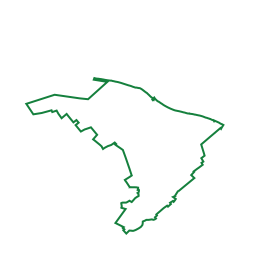 Hunucmá, Yucatán, Mexico, rotated 48°
{"feature_id": "50627088B21160446054995", "entity_name": "Hunucmá", "entity_type": "district", "adm_level": 2, "iso_a3": "MEX", "parent_name": "Mexico", "parent_adm1": "Yucatán", "projection": "natural_earth1", "projection_center": [-89.972, 21.073], "detail": "fine", "context": "isolated", "style": "outline", "palette": "green", "viewbox_px": 256, "rotation_deg": 48, "n_neighbors": 0, "source": "geoboundaries", "source_scale": "gbopen_adm2", "svg_char_len": 4805}
<svg xmlns="http://www.w3.org/2000/svg" viewBox="0 0 256 256"><g transform="rotate(48 128 128)"><path d="M206.9,193.9L207.0,193.9L207.8,193.1L208.1,192.6L208.9,190.6L209.7,187.4L210.0,185.5L210.0,185.4L210.1,184.4L209.7,182.2L209.0,181.2L207.4,179.6L208.3,177.0L208.5,175.9L209.5,174.8L210.1,174.1L210.9,172.9L211.9,171.4L213.2,170.6L213.8,169.4L214.0,167.8L212.4,167.7L212.4,165.0L211.2,164.8L211.2,163.7L211.4,155.0L211.7,152.5L211.9,150.9L213.2,150.9L213.2,147.0L211.7,146.8L212.3,143.4L213.4,143.5L213.4,143.3L213.4,142.7L213.2,142.1L213.0,141.0L212.7,140.0L209.4,140.7L210.1,138.6L209.9,138.6L208.5,133.6L208.4,133.4L208.7,132.7L208.7,132.8L209.6,112.2L205.3,112.5L204.9,108.3L204.2,108.3L204.7,103.0L204.8,102.7L205.3,97.1L203.1,96.7L203.4,94.5L199.5,93.7L199.8,89.6L197.8,88.6L189.2,84.6L189.5,72.8L189.9,59.3L190.9,59.4L190.4,58.0L189.6,55.1L188.1,55.6L187.2,56.1L186.3,56.4L185.9,56.6L185.2,56.7L184.7,56.9L184.2,57.1L183.3,57.5L182.8,57.7L182.2,58.0L181.3,58.4L180.6,58.7L179.9,59.0L180.0,59.1L180.3,59.1L180.5,59.1L180.7,59.3L180.7,59.5L180.2,59.4L179.7,59.4L179.2,59.5L178.8,59.7L178.5,59.9L178.3,60.0L178.2,60.1L177.9,60.2L177.7,60.3L177.2,60.5L176.7,60.7L176.5,60.8L176.4,60.8L176.2,61.0L175.8,61.2L175.7,61.2L175.4,61.4L174.7,61.8L174.2,62.1L173.4,62.5L172.8,62.9L172.1,63.4L171.5,63.7L170.6,64.1L170.1,64.4L169.6,64.6L168.3,65.4L166.7,66.4L166.6,66.5L166.3,66.7L166.1,66.9L165.4,67.4L164.3,68.2L163.3,68.9L162.9,69.2L162.5,69.6L162.1,69.8L161.7,70.1L161.3,70.4L160.6,70.9L159.8,71.6L159.6,71.8L159.2,72.1L158.7,72.5L158.4,72.6L158.4,72.8L158.0,73.0L157.6,73.5L157.0,74.0L156.1,74.6L154.9,75.3L154.4,75.6L154.0,75.9L153.5,76.3L152.4,77.0L151.6,77.5L150.9,78.0L150.0,78.6L148.8,79.5L146.5,81.2L145.8,81.6L145.5,81.8L145.0,82.0L144.1,82.5L143.4,82.8L142.6,83.2L142.2,83.4L141.7,83.6L140.8,84.0L140.5,84.1L140.2,84.2L139.9,84.4L139.0,84.7L138.5,84.9L137.7,85.2L136.2,85.7L135.7,85.9L135.3,86.0L134.6,86.2L133.8,86.4L132.8,86.6L132.0,86.8L131.6,87.0L130.5,87.2L129.3,87.5L129.0,87.6L128.9,87.6L128.6,87.8L128.3,87.9L127.9,88.0L126.9,88.2L126.3,88.2L125.2,88.3L123.9,88.3L122.9,88.1L122.9,88.5L123.0,88.9L123.1,89.2L123.1,89.3L123.1,89.5L123.2,89.9L123.2,90.1L123.3,90.1L123.7,90.0L123.8,90.0L124.1,90.0L124.2,89.9L124.3,89.9L124.4,90.1L124.1,90.2L124.1,90.8L123.9,90.3L123.9,90.2L123.7,90.2L123.6,90.3L123.8,90.9L123.6,90.9L123.5,90.3L123.2,90.3L123.3,90.8L123.1,90.8L123.1,90.7L123.0,90.4L123.0,90.2L122.9,89.9L122.9,89.6L122.7,89.5L122.8,89.0L122.7,88.7L122.7,89.0L122.6,89.5L121.5,89.9L120.9,90.1L120.5,90.1L120.0,90.2L119.6,90.2L118.8,90.3L117.8,90.3L115.6,90.5L114.8,90.5L114.4,90.6L114.2,90.7L113.9,90.7L113.4,90.9L112.8,91.0L112.3,91.1L111.7,91.2L111.0,91.3L110.8,91.4L110.6,91.4L110.4,91.4L110.2,91.5L109.9,91.5L109.5,91.6L109.1,91.7L108.9,91.7L107.5,92.1L106.4,92.5L106.1,92.7L105.8,93.0L105.6,93.2L105.4,93.4L105.1,93.6L104.9,93.7L104.7,93.9L104.6,94.0L104.1,94.3L103.7,94.6L103.5,94.8L103.4,94.9L103.3,95.1L102.7,95.6L101.8,96.1L100.6,96.8L99.0,97.6L97.8,98.3L96.6,99.1L91.6,102.0L89.7,103.1L88.3,104.0L87.2,104.7L86.0,105.6L85.5,106.0L85.3,106.2L84.8,106.5L84.4,106.8L83.9,107.1L83.4,107.5L82.9,107.9L81.6,108.7L80.9,109.5L80.3,110.0L78.8,111.3L77.3,112.5L76.4,113.2L75.8,113.6L74.7,114.5L74.0,115.0L72.5,116.3L71.6,117.0L70.5,118.1L69.6,118.8L68.4,119.6L69.2,121.1L79.9,112.5L79.9,138.4L73.6,144.1L54.2,160.3L42.0,187.4L54.5,189.2L59.1,182.1L63.7,173.0L65.5,173.6L67.3,169.4L70.8,170.2L76.3,170.8L76.5,164.2L79.3,164.4L87.3,164.8L87.6,161.0L91.0,161.1L90.8,165.0L99.1,165.4L100.1,161.1L100.5,160.3L102.7,155.1L112.4,155.5L112.5,156.5L113.1,161.5L114.3,161.3L114.6,161.2L121.9,160.1L124.2,159.9L124.9,160.2L126.9,160.6L127.0,159.4L127.2,158.2L128.1,154.7L128.3,154.4L129.4,151.8L129.9,147.6L131.9,147.5L131.8,148.6L132.9,148.4L137.8,147.2L140.9,146.5L148.3,149.5L152.3,151.2L155.8,152.7L157.0,153.2L158.4,153.8L159.4,154.2L159.8,154.4L165.0,156.7L165.8,157.0L165.5,159.2L165.5,159.3L164.5,165.1L165.0,165.2L165.9,165.3L166.9,165.4L167.9,165.5L168.9,165.7L169.2,165.7L169.9,165.8L170.9,166.0L173.1,166.3L174.0,165.4L174.0,165.5L176.3,162.9L177.8,161.4L179.1,160.4L179.3,160.6L179.4,160.8L179.6,161.0L179.8,161.3L180.1,161.7L180.5,162.2L181.2,161.3L181.6,161.5L181.9,161.8L182.1,162.0L182.4,162.4L182.9,163.2L182.7,164.4L184.0,164.4L184.0,164.5L185.6,165.5L185.5,166.4L185.2,167.4L185.1,168.4L184.9,169.4L185.0,170.3L185.1,171.1L185.2,172.0L185.3,172.9L185.4,173.9L185.5,174.7L185.5,174.8L183.0,175.6L182.9,176.5L182.6,177.7L182.4,178.7L182.1,179.4L181.0,180.6L179.9,181.8L179.5,182.6L179.3,183.2L179.3,183.3L182.0,185.0L182.3,185.5L182.5,185.6L182.5,185.8L182.8,186.3L183.3,186.1L184.0,185.6L186.6,184.0L190.2,200.9L198.8,197.5L198.8,198.8L200.3,198.8L200.3,198.5L200.9,198.5L200.9,199.9L205.3,199.9L205.1,195.6L206.9,193.9Z" fill="none" stroke="#15803d" stroke-width="2"/></g></svg>